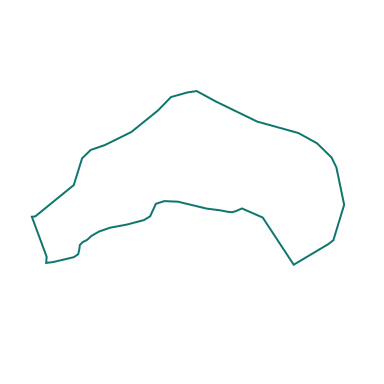 the Municipality of Ravne na Koroškem, rotated 282°
{"feature_id": "SVN-217", "entity_name": "Ravne na Koroškem", "entity_type": "Municipality", "adm_level": 1, "iso_a3": "SVN", "parent_name": "Slovenia", "parent_adm1": "", "projection": "mercator", "projection_center": [14.947, 46.552], "detail": "fine", "context": "isolated", "style": "outline", "palette": "teal", "viewbox_px": 384, "rotation_deg": 282, "n_neighbors": 0, "source": "natural_earth", "source_scale": "10m", "svg_char_len": 710}
<svg xmlns="http://www.w3.org/2000/svg" viewBox="0 0 384 384"><g transform="rotate(282 192 192)"><path d="M92.3,64.1L98.4,63.3L134.5,40.5L135.6,43.8L174.2,74.9L202.1,77.5L212.1,84.2L219.8,97.0L238.1,120.2L264.6,141.7L280.6,151.8L288.6,167.2L291.7,175.6L285.5,196.4L274.4,241.2L271.8,283.8L265.6,304.2L254.8,321.3L246.1,328.1L211.1,343.5L174.2,340.3L169.6,336.4L142.0,306.6L181.7,266.5L186.3,244.3L182.7,239.3L180.6,235.6L180.1,231.5L179.9,222.7L178.8,209.7L179.6,180.2L177.3,166.7L172.9,159.1L159.5,156.1L154.6,150.9L146.7,135.3L140.0,119.2L134.0,109.3L128.1,102.7L123.5,99.5L120.2,95.5L116.8,93.3L112.7,93.7L107.5,93.6L103.7,90.0L94.6,70.7L92.3,64.1Z" fill="none" stroke="#0f766e" stroke-width="2"/></g></svg>